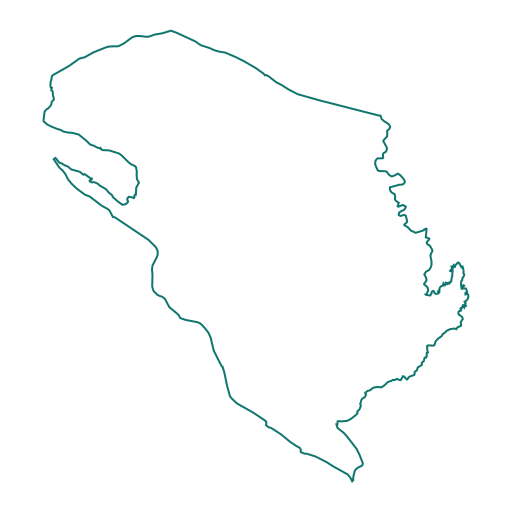 Kampong Leaeng, Kâmpóng Chhnang, Cambodia (Mercator projection)
{"feature_id": "14789045B82078343775741", "entity_name": "Kampong Leaeng", "entity_type": "district", "adm_level": 2, "iso_a3": "KHM", "parent_name": "Cambodia", "parent_adm1": "Kâmpóng Chhnang", "projection": "mercator", "projection_center": [104.747, 12.405], "detail": "fine", "context": "isolated", "style": "outline", "palette": "teal", "viewbox_px": 512, "rotation_deg": 0, "n_neighbors": 0, "source": "geoboundaries", "source_scale": "gbopen_adm2", "svg_char_len": 6012}
<svg xmlns="http://www.w3.org/2000/svg" viewBox="0 0 512 512"><path d="M180.2,318.0L185.5,319.9L197.0,322.1L199.5,323.0L201.7,324.7L205.4,328.8L208.6,333.0L210.7,337.9L213.7,350.5L220.2,363.5L222.0,366.6L222.6,366.8L224.3,372.4L227.1,385.9L229.7,395.3L230.7,397.4L234.6,401.3L237.2,403.6L252.7,412.3L265.1,420.6L266.1,421.5L266.3,423.8L266.0,425.2L268.2,426.9L269.0,427.5L270.7,427.7L280.7,434.1L290.2,441.9L296.3,446.0L299.7,447.8L300.7,449.4L300.8,452.1L304.6,453.7L306.8,453.7L315.8,456.6L327.0,462.4L333.3,466.4L347.8,474.5L350.3,477.6L352.2,481.3L353.3,480.1L353.1,478.6L353.6,475.4L354.7,471.2L355.6,469.5L358.2,467.5L361.2,466.1L362.5,465.0L362.9,463.4L359.3,454.3L356.6,448.9L346.7,436.1L343.9,433.0L337.5,427.9L336.4,424.4L337.4,424.4L337.6,421.4L338.9,421.1L341.8,421.4L347.3,420.8L350.7,419.1L356.4,414.6L357.5,413.2L357.3,411.4L359.3,409.7L360.5,406.9L360.8,405.4L360.2,404.0L361.4,400.0L362.2,398.7L364.6,397.3L365.2,396.5L366.1,394.4L365.1,393.0L367.4,391.0L370.2,390.2L372.8,388.0L374.9,387.3L378.4,387.0L381.4,387.4L384.5,385.3L387.4,382.4L389.8,381.3L390.9,381.2L392.8,379.9L394.6,380.0L397.0,378.9L399.6,380.1L400.7,380.1L403.0,376.2L404.0,376.5L406.6,379.3L407.4,379.4L408.3,377.8L409.5,376.6L414.2,375.0L414.7,374.0L414.5,372.4L415.3,371.3L416.8,370.5L417.8,367.4L421.8,365.0L421.9,362.6L423.8,361.1L424.6,357.8L425.3,357.4L426.2,357.5L426.6,356.7L426.8,352.9L428.0,352.4L427.3,350.5L427.1,346.1L427.9,345.4L433.7,345.6L434.5,345.0L435.3,342.1L436.2,340.6L438.0,338.7L441.5,336.3L443.0,333.8L444.6,333.0L446.5,330.9L450.3,329.1L454.4,328.5L456.3,329.2L457.5,327.3L460.6,326.0L461.2,325.4L460.7,322.5L461.8,320.3L462.7,319.4L462.5,317.6L460.6,315.7L458.8,314.6L458.3,313.2L458.6,311.6L459.6,311.0L460.9,310.7L461.1,310.1L460.4,308.6L460.8,308.1L461.7,308.3L463.0,305.1L463.8,305.4L463.3,306.7L464.2,307.7L464.7,306.3L466.0,305.9L465.0,304.1L465.7,303.0L464.6,301.7L466.5,300.5L467.6,299.2L468.5,296.1L467.9,294.2L466.2,294.1L465.5,294.4L465.5,292.8L467.0,292.6L467.2,292.0L466.0,288.7L464.9,288.3L461.7,288.8L461.6,288.0L464.1,285.7L463.6,285.2L461.2,286.4L461.0,284.8L461.2,281.4L462.3,280.0L462.3,278.2L463.7,276.4L464.2,274.9L464.1,274.0L463.4,273.2L463.6,271.1L463.0,267.7L462.0,267.6L462.3,266.5L461.0,266.6L460.5,265.3L459.5,264.1L459.6,263.4L458.3,262.5L457.7,262.7L455.4,265.3L454.8,267.0L454.1,266.8L454.4,265.8L453.7,265.1L453.0,267.6L452.2,266.5L451.5,266.5L452.1,269.3L450.9,269.8L450.1,270.8L450.5,271.2L452.7,271.2L452.4,272.7L452.3,276.1L451.7,277.6L451.3,281.3L451.0,281.8L450.1,281.9L449.6,282.5L449.7,283.1L449.2,283.7L448.5,283.4L448.5,282.8L447.9,282.9L447.4,284.0L446.8,283.8L445.8,282.6L445.4,282.9L446.0,284.1L444.7,285.4L444.0,285.4L443.3,283.8L442.8,285.6L441.2,286.2L439.9,287.5L439.3,289.5L439.5,290.9L439.1,291.3L438.4,290.9L438.0,291.5L439.2,292.6L438.0,293.6L436.3,293.9L434.6,293.2L433.9,291.3L433.1,290.9L431.6,292.0L431.5,293.6L430.2,295.5L426.4,295.0L425.6,294.4L426.7,293.7L428.2,290.5L427.7,287.9L426.6,286.3L424.2,284.5L424.1,283.8L426.3,280.8L426.5,279.6L426.1,277.7L424.3,274.4L426.0,271.7L429.3,269.9L431.0,266.8L431.6,264.2L431.4,262.3L431.6,261.7L430.4,255.8L431.1,253.4L432.2,251.6L432.3,249.9L429.7,245.5L427.8,244.6L426.8,243.3L426.9,241.9L428.8,239.9L429.3,238.8L428.6,238.2L425.8,237.4L426.6,228.9L425.5,228.7L424.9,229.4L424.1,229.5L424.0,230.1L422.3,230.8L415.7,232.8L410.9,230.6L407.7,227.1L404.3,225.2L404.3,224.5L406.6,222.6L407.2,221.5L405.8,215.7L403.9,214.9L400.5,216.0L398.7,215.0L399.0,212.7L402.0,210.7L403.5,210.3L405.0,208.7L405.9,206.8L405.5,206.3L402.6,205.0L398.3,206.7L397.6,206.1L398.8,202.8L396.1,201.0L394.9,199.5L395.2,196.8L394.7,194.3L391.6,192.4L390.5,191.0L389.9,189.2L390.0,187.3L399.6,184.7L402.0,184.7L403.9,183.6L404.7,182.4L404.8,181.4L404.0,179.5L400.5,175.4L397.9,173.6L394.7,175.4L392.3,176.3L391.3,176.3L389.1,174.9L386.6,171.6L385.6,171.3L379.0,171.0L377.6,170.1L375.7,165.8L375.1,163.7L375.5,160.9L376.2,159.7L377.0,158.8L378.1,158.3L382.6,158.3L383.2,157.9L382.9,154.4L383.1,153.8L383.6,153.1L385.8,151.8L386.5,150.7L387.0,147.9L383.3,141.1L383.7,140.1L387.0,136.6L387.3,133.6L387.0,131.1L389.5,128.7L390.2,126.6L389.2,124.8L387.7,123.4L384.5,121.5L381.6,119.0L380.5,115.6L378.7,115.5L319.3,100.3L297.7,94.2L288.8,89.6L281.6,85.0L276.3,82.3L268.6,76.3L266.3,75.1L264.8,75.3L263.6,73.7L256.0,68.2L244.3,61.4L235.5,57.0L225.2,52.6L219.1,51.6L214.3,50.2L209.5,48.0L201.6,45.5L199.5,44.4L195.3,41.4L176.7,32.8L171.0,30.7L161.8,33.4L155.0,34.5L148.9,36.6L146.4,36.8L140.9,36.1L136.4,36.0L133.3,36.8L131.8,37.6L123.8,43.5L119.3,45.8L117.7,46.3L111.0,46.4L107.2,46.9L94.0,52.1L84.6,57.3L79.4,58.6L68.8,66.1L52.9,75.1L51.9,76.2L51.7,77.1L51.3,79.9L50.6,82.0L50.4,86.2L50.8,87.5L51.9,87.8L51.2,90.2L52.7,91.5L53.0,95.6L53.8,98.2L53.8,99.7L51.7,101.8L51.2,104.7L50.2,106.3L48.1,108.4L46.2,109.6L44.6,111.6L43.5,120.5L43.8,121.5L47.4,124.6L51.7,126.7L57.9,129.2L60.8,129.9L62.9,131.4L68.2,132.6L72.1,132.8L78.7,134.5L86.2,140.6L90.2,144.6L93.8,145.7L96.9,147.4L100.0,148.5L100.5,148.0L101.6,149.6L102.5,150.1L109.1,150.4L118.7,153.4L121.2,155.0L128.7,162.4L130.9,164.1L135.2,166.2L136.1,167.4L136.9,172.3L136.6,173.7L136.9,178.9L138.9,182.7L136.2,187.8L135.9,194.7L134.9,194.7L134.3,195.9L134.5,197.2L133.8,198.1L132.5,197.4L128.9,196.8L127.6,198.0L127.2,199.5L128.1,201.5L127.7,202.4L125.8,204.1L122.4,204.8L117.6,201.3L112.7,196.9L112.2,195.3L108.8,192.6L105.9,189.1L99.4,185.4L98.1,183.9L94.4,182.2L91.4,182.3L89.8,181.3L89.6,180.6L91.8,179.5L91.8,178.5L90.5,178.3L84.6,174.1L83.4,174.7L79.8,171.8L71.2,169.4L67.9,166.5L64.7,165.3L61.9,163.5L59.3,162.7L55.5,157.9L54.2,158.6L53.8,159.3L59.2,167.4L63.0,170.9L65.4,174.2L68.2,179.6L72.0,184.1L77.0,188.8L85.1,194.8L89.5,196.4L102.0,205.9L107.2,208.7L109.4,210.4L113.0,217.1L114.7,217.2L148.4,239.8L155.8,247.1L157.7,251.0L157.7,254.3L156.8,257.2L152.5,265.6L152.0,269.4L152.5,275.0L152.2,286.2L153.0,289.6L153.7,291.1L157.2,294.7L159.8,296.0L162.1,296.7L164.8,298.7L169.3,307.1L177.8,314.2L179.0,315.6L180.2,318.0Z" fill="none" stroke="#0f766e" stroke-width="2"/></svg>